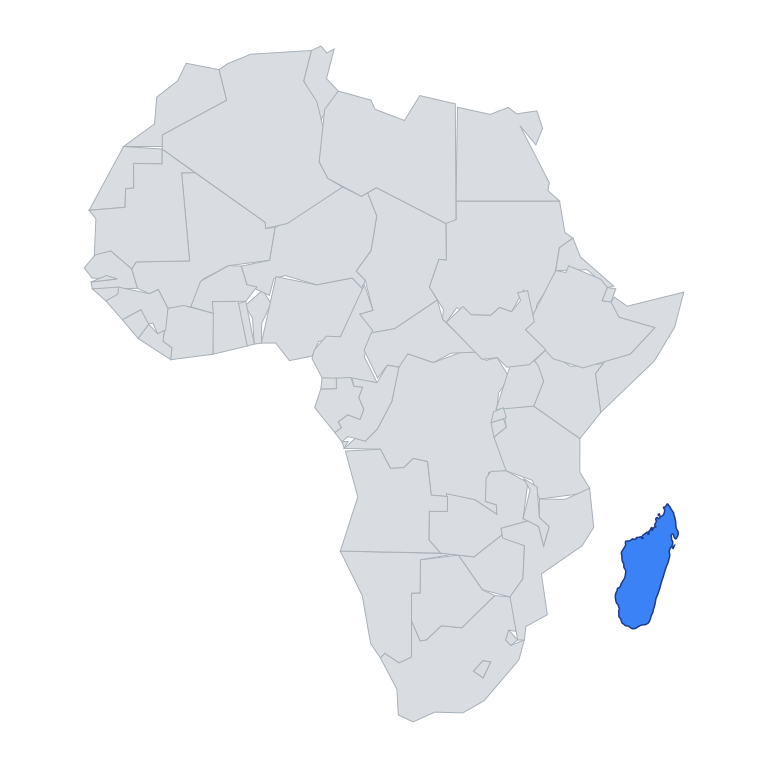 Madagascar highlighted on a map of Africa
{"feature_id": "MDG", "entity_name": "Madagascar", "entity_type": "country or territory", "adm_level": 0, "iso_a3": "MDG", "parent_name": "Africa", "parent_adm1": "", "projection": "mercator", "projection_center": [46.989, -18.825], "detail": "fine", "context": "in_parent", "style": "filled", "palette": "blue", "viewbox_px": 768, "rotation_deg": 0, "n_neighbors": 49, "source": "natural_earth", "source_scale": "50m", "svg_char_len": 13341}
<svg xmlns="http://www.w3.org/2000/svg" viewBox="0 0 768 768"><path d="M533.7,406.1L579.9,438.6L579.8,472.1L589.6,488.3L582.7,493.4L539.4,499.0L532.3,480.3L506.1,470.8L496.3,454.8L493.9,437.1L506.2,427.1L503.3,407.7L533.7,406.1Z" fill="#d9dde1" stroke="#a8b0b8" stroke-width="1"/><path d="M162.2,149.1L162.2,163.9L133.5,163.4L133.8,188.0L125.6,188.8L125.1,207.3L89.1,210.3L123.6,146.5L162.2,149.1Z" fill="#d9dde1" stroke="#a8b0b8" stroke-width="1"/><path d="M493.9,437.1L506.1,470.8L488.6,472.4L485.4,501.4L496.3,504.8L497.0,514.5L474.9,499.8L431.2,495.1L427.5,461.6L413.2,458.5L403.8,467.7L390.4,468.4L380.4,449.2L344.2,448.4L356.6,437.1L365.2,441.2L377.6,428.6L391.8,401.5L399.7,361.1L407.8,353.8L433.4,362.6L461.7,351.9L476.7,352.1L485.9,360.4L497.2,357.6L509.9,378.6L498.6,392.6L493.9,437.1Z" fill="#d9dde1" stroke="#a8b0b8" stroke-width="1"/><path d="M600.7,412.5L595.4,373.5L605.5,360.8L630.2,354.1L654.8,327.7L619.0,317.3L609.2,305.0L614.3,297.1L627.1,306.2L683.8,292.1L674.7,327.1L654.4,360.9L600.7,412.5Z" fill="#d9dde1" stroke="#a8b0b8" stroke-width="1"/><path d="M579.9,438.6L533.7,406.1L543.6,381.2L534.6,360.7L545.9,349.7L570.5,366.4L603.1,363.6L595.4,373.5L600.7,412.5L579.9,438.6Z" fill="#d9dde1" stroke="#a8b0b8" stroke-width="1"/><path d="M452.3,325.8L445.6,321.9L442.6,319.4L443.4,309.3L429.3,287.1L438.8,259.3L446.3,259.9L446.0,219.7L456.0,219.6L456.0,201.0L559.5,201.0L564.9,232.5L573.0,238.1L559.4,247.7L554.3,278.3L536.8,304.5L534.3,321.7L523.6,290.1L511.5,311.8L499.6,307.5L490.6,315.4L471.3,314.8L456.6,307.7L446.3,322.3L452.3,325.8Z" fill="#d9dde1" stroke="#a8b0b8" stroke-width="1"/><path d="M445.9,223.5L446.3,259.9L438.8,259.3L429.3,287.1L437.4,300.0L394.7,328.7L371.2,332.9L359.7,314.1L372.9,310.3L365.3,280.4L356.1,271.1L371.0,250.7L376.7,216.1L367.5,192.8L376.3,187.6L445.9,223.5Z" fill="#d9dde1" stroke="#a8b0b8" stroke-width="1"/><path d="M380.5,658.1L384.7,653.2L399.0,662.8L411.5,657.0L411.5,620.9L420.2,640.9L426.4,639.9L441.3,625.7L461.8,627.8L494.7,595.5L510.0,597.0L516.5,617.1L515.7,631.3L508.8,630.2L505.6,640.1L510.8,645.4L524.3,640.0L518.9,659.9L484.1,700.7L462.8,712.9L434.9,712.1L413.0,721.9L398.3,715.0L396.9,689.2L380.5,658.1ZM490.7,661.9L482.9,660.8L473.5,671.1L483.1,677.9L490.7,661.9Z" fill="#d9dde1" stroke="#a8b0b8" stroke-width="1"/><path d="M490.7,661.9L483.1,677.9L473.5,671.1L482.9,660.8L490.7,661.9Z" fill="#d9dde1" stroke="#a8b0b8" stroke-width="1"/><path d="M510.0,597.0L482.4,589.8L458.3,555.1L473.9,556.9L502.0,534.8L524.5,545.7L522.9,578.7L510.0,597.0Z" fill="#d9dde1" stroke="#a8b0b8" stroke-width="1"/><path d="M494.7,595.5L461.8,627.8L441.3,625.7L426.4,639.9L420.2,640.9L411.5,620.9L411.5,593.2L420.1,592.9L420.4,559.8L458.3,555.1L482.4,589.8L494.7,595.5Z" fill="#d9dde1" stroke="#a8b0b8" stroke-width="1"/><path d="M411.5,593.2L411.5,657.0L399.0,662.8L384.7,653.2L380.5,658.1L370.6,643.5L362.3,595.7L340.3,551.1L456.7,553.6L420.4,559.8L420.1,592.9L411.5,593.2Z" fill="#d9dde1" stroke="#a8b0b8" stroke-width="1"/><path d="M92.1,278.1L84.2,267.9L97.3,252.2L110.8,250.9L131.8,268.9L137.5,288.4L92.4,288.9L91.0,282.0L117.2,278.9L92.1,278.1Z" fill="#d9dde1" stroke="#a8b0b8" stroke-width="1"/><path d="M137.5,288.4L131.8,268.9L136.2,261.9L189.6,260.9L181.6,172.8L195.0,172.7L265.4,222.5L265.5,228.4L275.2,227.5L269.7,260.3L228.6,265.6L203.0,279.2L190.8,306.8L167.9,308.3L158.3,289.6L149.3,293.7L137.5,288.4Z" fill="#d9dde1" stroke="#a8b0b8" stroke-width="1"/><path d="M89.1,210.3L125.1,207.3L125.6,188.8L133.8,188.0L133.5,163.4L162.2,163.9L162.2,149.1L195.0,172.7L181.6,172.8L189.6,260.9L136.2,261.9L131.8,268.9L110.8,250.9L94.3,255.1L95.9,218.8L89.1,210.3Z" fill="#d9dde1" stroke="#a8b0b8" stroke-width="1"/><path d="M261.4,343.1L254.2,344.1L252.5,317.8L244.7,305.9L262.8,290.2L271.1,303.6L261.7,323.3L261.4,343.1Z" fill="#d9dde1" stroke="#a8b0b8" stroke-width="1"/><path d="M367.5,192.8L376.7,216.1L371.0,250.7L356.1,271.1L365.3,280.4L361.7,288.0L352.1,278.1L316.6,284.9L285.4,275.6L273.8,278.6L269.4,295.4L246.9,284.7L241.2,266.1L269.7,260.3L275.2,227.5L342.6,187.0L361.3,196.3L367.5,192.8Z" fill="#d9dde1" stroke="#a8b0b8" stroke-width="1"/><path d="M261.4,343.1L276.0,276.7L316.6,284.9L352.1,278.1L365.1,291.6L340.4,336.7L318.5,341.5L312.1,356.1L289.4,360.6L275.7,343.0L261.4,343.1Z" fill="#d9dde1" stroke="#a8b0b8" stroke-width="1"/><path d="M364.4,284.7L372.9,310.3L359.7,314.1L372.6,330.5L364.2,356.5L377.0,382.7L322.1,377.9L312.0,358.5L314.3,349.9L326.2,336.2L340.4,336.7L364.4,284.7Z" fill="#d9dde1" stroke="#a8b0b8" stroke-width="1"/><path d="M245.8,301.3L254.2,344.1L247.2,346.0L237.5,303.8L245.8,301.3Z" fill="#d9dde1" stroke="#a8b0b8" stroke-width="1"/><path d="M238.1,301.1L247.2,346.0L213.0,354.2L212.3,301.6L238.1,301.1Z" fill="#d9dde1" stroke="#a8b0b8" stroke-width="1"/><path d="M167.9,308.3L183.8,305.5L213.3,313.3L213.0,354.2L170.7,359.7L171.9,347.9L162.9,341.2L167.9,308.3Z" fill="#d9dde1" stroke="#a8b0b8" stroke-width="1"/><path d="M118.4,287.1L149.3,293.7L158.3,289.6L167.9,308.3L165.7,330.5L157.6,333.8L152.8,323.0L146.3,324.7L141.0,309.7L122.4,319.8L105.9,300.9L118.4,287.1Z" fill="#d9dde1" stroke="#a8b0b8" stroke-width="1"/><path d="M92.4,288.9L118.4,287.1L118.0,294.0L105.9,300.9L92.4,288.9Z" fill="#d9dde1" stroke="#a8b0b8" stroke-width="1"/><path d="M164.3,330.5L162.9,341.2L171.9,347.9L170.7,359.7L138.1,338.5L148.7,324.2L157.6,333.8L164.3,330.5Z" fill="#d9dde1" stroke="#a8b0b8" stroke-width="1"/><path d="M122.4,319.8L141.0,309.7L148.7,324.2L138.1,338.5L122.4,319.8Z" fill="#d9dde1" stroke="#a8b0b8" stroke-width="1"/><path d="M190.8,306.8L200.6,281.3L228.6,265.6L241.2,266.1L246.9,284.7L256.9,286.8L245.8,301.3L212.3,301.6L213.3,313.3L190.8,306.8Z" fill="#d9dde1" stroke="#a8b0b8" stroke-width="1"/><path d="M476.7,352.1L450.9,353.2L433.4,362.6L407.8,353.8L398.9,367.2L387.4,365.2L377.6,378.0L364.1,350.2L371.2,332.9L394.7,328.7L437.4,300.0L442.6,319.4L476.7,352.1Z" fill="#d9dde1" stroke="#a8b0b8" stroke-width="1"/><path d="M398.9,367.2L391.8,401.5L377.6,428.6L365.2,441.2L348.0,436.5L341.9,441.8L334.7,432.5L341.4,427.7L338.1,421.9L347.6,414.8L360.0,419.4L363.8,409.4L358.7,397.5L362.5,387.3L353.8,386.3L352.0,378.0L377.0,382.7L387.4,365.2L398.9,367.2Z" fill="#d9dde1" stroke="#a8b0b8" stroke-width="1"/><path d="M336.3,378.1L350.9,377.5L353.8,386.3L362.5,387.3L358.7,397.5L363.8,409.4L360.0,419.4L347.6,414.8L338.1,421.9L341.4,427.7L334.7,432.5L314.7,407.5L320.8,389.0L336.4,388.6L336.3,378.1Z" fill="#d9dde1" stroke="#a8b0b8" stroke-width="1"/><path d="M322.1,377.9L336.3,378.1L336.4,388.6L320.8,389.0L322.1,377.9Z" fill="#d9dde1" stroke="#a8b0b8" stroke-width="1"/><path d="M506.1,470.8L527.8,482.6L523.1,518.6L527.7,520.9L501.2,528.3L502.0,534.8L473.9,556.9L440.5,553.1L428.9,539.9L429.3,511.3L447.4,511.4L446.5,493.7L474.9,499.8L497.0,514.5L496.3,504.8L485.4,501.4L486.1,478.1L491.0,471.4L506.1,470.8Z" fill="#d9dde1" stroke="#a8b0b8" stroke-width="1"/><path d="M523.7,478.7L537.0,486.9L539.4,517.4L549.3,526.7L543.6,546.5L538.6,526.7L523.1,518.6L530.1,490.1L523.7,478.7Z" fill="#d9dde1" stroke="#a8b0b8" stroke-width="1"/><path d="M539.4,499.0L564.8,499.4L589.6,488.3L593.7,527.4L582.1,545.8L541.4,573.9L547.3,614.7L525.9,626.6L524.3,640.0L517.7,640.0L510.0,597.0L522.9,578.7L524.5,545.7L502.6,538.1L501.2,528.3L527.7,520.9L538.6,526.7L543.6,546.5L549.3,526.7L539.4,517.4L539.4,499.0Z" fill="#d9dde1" stroke="#a8b0b8" stroke-width="1"/><path d="M517.7,640.0L510.8,645.4L505.6,640.1L508.8,630.2L517.7,640.0Z" fill="#d9dde1" stroke="#a8b0b8" stroke-width="1"/><path d="M341.9,441.8L348.1,441.4L344.2,448.4L341.9,441.8ZM345.4,451.1L380.4,449.2L390.4,468.4L403.8,467.7L413.2,458.5L427.5,461.6L431.2,495.1L447.5,496.5L447.4,511.4L429.3,511.3L428.9,539.9L440.5,553.1L340.3,551.1L357.8,497.0L345.4,451.1Z" fill="#d9dde1" stroke="#a8b0b8" stroke-width="1"/><path d="M503.7,418.9L506.2,427.1L493.9,437.1L491.1,422.6L503.7,418.9Z" fill="#d9dde1" stroke="#a8b0b8" stroke-width="1"/><path d="M91.0,282.0L106.4,275.5L117.2,278.9L91.0,282.0Z" fill="#d9dde1" stroke="#a8b0b8" stroke-width="1"/><path d="M320.7,120.1L303.6,81.0L311.4,50.5L320.9,46.1L326.8,52.9L334.2,48.9L326.5,78.6L338.2,91.1L320.7,120.1Z" fill="#d9dde1" stroke="#a8b0b8" stroke-width="1"/><path d="M162.2,149.1L162.3,134.8L226.5,100.2L219.0,69.7L227.4,63.8L250.7,54.2L311.4,50.5L303.6,81.0L316.9,101.8L323.5,129.0L319.2,161.8L327.8,178.4L342.6,187.0L287.5,223.4L265.5,228.4L265.4,222.5L162.2,149.1Z" fill="#d9dde1" stroke="#a8b0b8" stroke-width="1"/><path d="M555.7,270.6L559.4,247.7L573.0,238.1L580.5,257.1L613.8,286.1L607.4,287.5L587.1,269.7L555.7,270.6Z" fill="#d9dde1" stroke="#a8b0b8" stroke-width="1"/><path d="M123.6,146.5L154.5,123.9L156.8,97.0L177.6,80.9L186.2,63.3L219.0,69.7L226.5,100.2L162.3,134.8L162.3,146.5L123.6,146.5Z" fill="#d9dde1" stroke="#a8b0b8" stroke-width="1"/><path d="M559.5,201.0L456.0,201.0L457.5,107.3L490.2,114.4L508.2,107.4L516.8,113.8L536.9,110.9L542.6,128.2L535.9,144.9L519.9,125.6L549.3,182.7L547.9,190.6L559.5,201.0Z" fill="#d9dde1" stroke="#a8b0b8" stroke-width="1"/><path d="M455.3,103.9L456.0,219.6L445.9,223.5L376.3,187.6L361.3,196.3L327.8,178.4L319.2,161.8L324.7,109.3L338.2,91.1L370.9,100.1L375.0,109.3L404.4,120.5L419.9,95.6L455.3,103.9Z" fill="#d9dde1" stroke="#a8b0b8" stroke-width="1"/><path d="M654.8,327.7L630.2,354.1L583.0,367.9L553.4,358.9L525.4,329.7L555.7,270.6L565.9,272.5L568.6,265.8L600.8,279.3L607.4,287.5L602.2,300.8L611.1,301.9L619.0,317.3L654.8,327.7Z" fill="#d9dde1" stroke="#a8b0b8" stroke-width="1"/><path d="M607.4,287.5L615.8,288.8L611.1,301.9L602.2,300.8L607.4,287.5Z" fill="#d9dde1" stroke="#a8b0b8" stroke-width="1"/><path d="M533.7,406.1L496.0,409.5L510.5,364.8L534.6,360.7L538.7,366.8L543.6,381.2L533.7,406.1Z" fill="#d9dde1" stroke="#a8b0b8" stroke-width="1"/><path d="M503.3,407.7L506.3,417.7L491.1,422.6L493.5,411.9L503.3,407.7Z" fill="#d9dde1" stroke="#a8b0b8" stroke-width="1"/><path d="M506.9,367.2L497.2,357.6L482.0,359.3L446.3,322.3L462.9,306.5L471.3,314.8L490.6,315.4L499.6,307.5L511.5,311.8L520.6,300.5L517.7,292.6L527.6,290.7L534.3,321.7L525.4,329.7L545.9,349.7L529.2,364.7L506.9,367.2Z" fill="#d9dde1" stroke="#a8b0b8" stroke-width="1"/><path d="M670.1,507.1L670.5,508.0L671.0,508.9L672.4,511.1L673.0,511.9L673.6,512.8L673.8,514.6L674.8,517.4L675.6,521.5L675.9,525.8L676.2,527.7L676.9,529.6L678.0,531.5L678.3,533.7L677.7,535.9L676.7,537.9L676.4,538.3L675.9,538.9L675.7,538.8L674.9,538.3L674.3,537.4L673.5,535.4L673.2,534.3L672.8,534.1L671.9,534.2L671.2,534.9L671.1,535.3L671.2,536.5L671.5,537.5L671.6,538.6L671.6,539.9L671.9,540.3L672.3,540.7L672.7,541.5L672.7,543.6L672.5,544.7L671.8,545.6L671.8,546.1L672.1,546.6L671.9,546.9L671.0,547.3L670.6,547.7L670.1,548.6L669.3,550.5L669.2,551.5L669.7,554.4L669.6,556.5L668.6,560.6L668.0,562.5L667.2,564.7L665.9,567.8L664.7,571.6L663.6,575.5L662.9,577.8L662.0,580.2L660.8,584.3L659.7,588.5L658.2,593.1L656.1,598.3L655.9,599.0L655.4,601.7L655.0,604.0L654.4,606.3L653.2,610.1L653.1,611.2L652.8,612.4L651.7,614.8L651.2,615.7L650.9,616.6L650.7,617.8L650.3,619.0L649.5,621.1L648.3,623.0L647.4,623.6L645.6,624.6L644.7,624.8L642.6,624.8L640.6,625.4L638.5,626.4L636.5,627.7L635.8,628.3L634.9,628.6L632.3,628.7L631.5,628.4L628.9,626.4L627.9,626.0L625.9,625.8L625.3,625.6L624.8,625.3L624.0,624.3L622.5,623.4L622.1,623.1L621.9,622.5L621.7,621.8L621.3,621.1L621.0,619.7L620.5,618.7L619.1,617.0L618.9,616.4L618.8,614.6L618.8,613.4L618.7,611.1L618.9,610.0L619.4,609.1L619.2,608.0L618.6,607.0L618.4,605.8L618.0,604.8L616.5,603.0L616.2,602.1L615.9,601.1L615.4,598.2L615.3,597.2L615.4,595.1L615.6,594.0L616.0,593.2L616.0,592.6L616.3,592.1L616.6,591.8L616.9,591.3L617.4,588.6L618.1,588.0L619.2,587.6L620.0,586.9L620.5,586.0L621.0,584.0L622.3,582.0L622.8,581.0L623.9,579.4L624.8,577.3L625.1,576.2L625.3,575.2L625.6,572.9L625.7,571.8L625.7,570.6L625.2,569.5L623.9,567.4L623.8,567.0L623.9,565.4L623.8,564.3L623.3,563.1L622.7,562.1L622.1,560.1L621.8,556.9L621.9,555.7L621.7,554.6L621.3,553.6L621.6,551.9L625.5,545.6L625.6,544.9L625.4,543.0L625.5,541.8L625.6,541.4L625.9,541.2L626.6,541.1L629.7,540.8L630.1,540.6L630.9,540.1L632.0,539.1L632.4,538.8L632.9,538.9L633.1,539.3L633.5,539.6L634.7,539.1L635.2,539.1L635.7,539.2L636.0,538.7L636.1,538.2L636.3,537.8L636.6,537.5L638.2,537.4L639.3,537.2L640.6,536.8L640.9,536.9L642.0,538.4L642.3,538.5L642.7,538.5L643.1,538.3L642.2,537.5L642.1,537.1L642.1,536.6L642.6,535.6L643.4,534.8L645.1,533.6L646.9,532.2L647.4,532.1L647.9,532.4L648.2,534.0L648.2,534.3L648.5,534.3L648.8,534.1L649.1,533.4L649.1,532.9L648.9,532.4L648.8,531.9L648.8,531.5L649.7,530.6L650.4,529.6L650.7,528.6L651.0,528.1L651.8,527.5L652.0,527.6L652.2,528.0L652.3,528.5L652.1,529.0L651.8,529.5L651.7,530.1L652.1,530.3L652.5,530.1L653.1,528.9L653.8,527.8L654.2,527.3L654.7,526.9L655.5,527.0L656.4,527.2L655.0,526.1L654.7,524.5L656.3,521.8L656.3,521.2L656.5,521.0L656.6,520.8L655.8,519.9L655.7,519.4L655.8,518.7L656.2,518.1L656.5,517.7L657.0,517.5L657.4,517.8L658.3,518.5L658.9,518.6L659.6,517.9L660.2,517.0L661.1,516.4L662.1,516.0L663.6,514.6L664.6,511.6L664.7,510.7L664.5,509.7L664.1,508.7L663.5,507.5L663.7,507.2L664.5,507.3L664.8,507.2L665.7,506.1L667.2,504.0L667.7,504.0L668.1,504.4L668.3,504.9L668.6,505.4L669.6,506.4L670.1,507.1ZM659.7,515.4L659.7,515.8L658.5,515.6L658.3,514.5L658.9,514.5L659.0,514.0L659.4,514.0L659.7,515.0L659.7,515.4ZM673.6,547.4L672.6,549.1L672.9,547.7L674.0,545.7L674.3,545.5L673.6,547.4Z" fill="#3b82f6" stroke="#1e3a8a" stroke-width="1.5"/></svg>